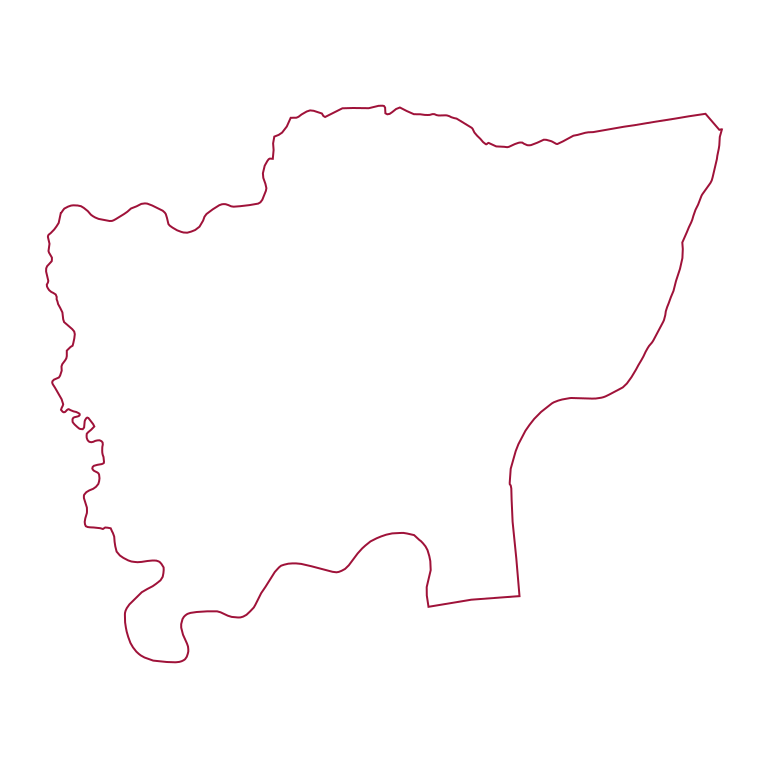 the district of Nga Son, Thanh Hóa, Vietnam
{"feature_id": "81297802B47963627673209", "entity_name": "Nga Son", "entity_type": "district", "adm_level": 2, "iso_a3": "VNM", "parent_name": "Vietnam", "parent_adm1": "Thanh Hóa", "projection": "mercator", "projection_center": [105.976, 20.004], "detail": "fine", "context": "isolated", "style": "outline", "palette": "rose", "viewbox_px": 768, "rotation_deg": 0, "n_neighbors": 0, "source": "geoboundaries", "source_scale": "gbopen_adm2", "svg_char_len": 5977}
<svg xmlns="http://www.w3.org/2000/svg" viewBox="0 0 768 768"><path d="M102.9,529.0L105.2,527.5L107.6,527.7L110.7,528.3L112.0,531.3L112.9,533.0L114.2,536.6L114.6,541.8L115.3,546.4L116.6,551.6L119.9,555.5L123.4,557.9L128.2,560.4L131.4,561.5L134.3,561.9L137.5,562.2L141.6,561.9L147.4,561.0L152.6,560.5L156.2,560.6L158.6,561.4L159.8,562.1L161.5,564.0L163.6,567.4L163.7,570.0L163.4,573.2L162.7,576.8L160.5,580.3L156.1,583.8L152.7,586.2L147.3,589.0L141.8,592.2L129.4,604.4L126.8,608.1L125.6,610.6L125.0,612.9L124.9,614.6L125.1,622.4L125.9,627.7L126.7,631.7L128.2,636.9L130.4,642.9L133.0,647.4L136.3,651.6L138.8,653.9L140.9,655.5L144.5,657.5L153.2,660.6L166.8,662.0L175.6,662.3L179.3,661.9L181.7,661.2L183.7,660.2L185.1,659.2L186.8,656.7L187.8,653.7L188.3,651.5L188.3,649.3L188.0,646.5L187.0,643.6L183.0,634.7L181.2,627.6L181.2,624.1L182.5,619.1L183.9,616.8L185.2,615.5L186.8,614.3L188.0,613.7L190.5,612.9L196.7,612.0L207.7,611.3L217.0,611.3L220.6,612.3L227.8,615.7L231.7,616.9L238.2,617.5L240.5,617.4L243.2,616.6L246.5,614.8L250.1,611.4L253.8,607.5L255.4,604.7L261.2,593.1L265.5,586.8L274.8,572.0L277.5,569.0L279.2,567.2L281.1,565.7L284.1,564.7L288.3,563.7L292.4,563.4L296.0,563.4L301.2,563.9L311.6,566.3L332.5,571.8L336.5,572.3L338.8,571.9L341.6,570.8L345.1,568.9L348.8,565.3L357.6,553.5L362.2,548.4L365.4,545.5L370.5,541.4L376.6,538.3L381.2,536.4L386.2,534.7L392.2,533.4L399.6,533.0L403.3,532.9L407.0,533.5L414.1,535.1L419.4,540.0L420.9,541.1L423.0,543.3L425.5,546.4L427.5,550.1L429.3,556.1L430.3,561.1L430.7,570.1L426.7,587.1L426.8,595.5L428.5,606.8L471.3,599.7L519.5,596.1L516.3,558.4L512.6,521.8L511.6,499.3L511.3,488.4L510.7,485.4L509.8,484.3L509.7,482.9L510.7,468.8L515.7,451.1L518.4,444.2L525.4,430.8L529.5,424.9L534.2,418.9L541.1,411.9L551.9,403.4L553.8,402.3L558.2,400.6L562.1,399.5L569.9,398.1L571.5,398.0L592.2,398.6L595.9,398.5L601.3,397.7L603.3,397.2L605.5,396.4L609.0,394.7L622.8,387.4L626.9,383.5L631.5,377.1L636.0,369.6L638.3,365.3L641.5,359.9L643.4,356.5L645.6,351.8L647.5,348.4L649.0,346.0L652.0,342.5L653.3,340.5L663.2,321.8L664.0,320.0L665.3,315.0L665.8,311.3L667.1,307.2L668.7,303.2L670.9,297.1L673.5,290.9L676.0,281.0L680.0,268.8L682.4,258.1L682.8,249.0L682.3,242.5L686.8,232.3L688.9,227.2L691.2,222.4L692.3,219.6L693.4,215.8L695.5,209.8L698.1,204.6L701.4,196.0L702.1,194.6L710.4,183.0L711.7,180.5L712.6,177.4L716.9,159.0L717.3,155.9L718.8,148.6L719.3,145.3L719.8,136.9L721.9,129.4L721.4,129.3L719.3,129.8L705.5,113.8L688.8,116.3L675.2,118.6L653.5,122.0L634.5,125.2L624.1,126.7L593.2,132.1L588.3,132.3L585.2,132.8L577.6,134.9L573.4,135.7L562.9,141.4L557.4,144.0L556.3,143.9L552.2,141.6L551.0,141.1L546.2,139.8L543.8,139.7L537.3,142.7L531.0,145.1L529.4,145.3L527.3,145.2L523.9,143.7L522.3,142.6L520.1,142.5L518.5,142.8L514.8,144.1L509.0,146.8L507.2,147.2L504.2,146.8L496.2,146.4L488.6,142.9L487.6,143.3L486.9,144.0L486.3,144.3L485.8,144.2L483.1,142.1L480.4,138.9L477.1,135.7L474.4,132.5L472.6,128.8L471.7,127.8L456.6,118.6L454.2,118.1L451.3,117.2L449.4,116.2L447.2,115.5L445.9,115.3L438.8,115.5L436.6,115.1L434.5,114.2L433.5,114.1L432.5,114.1L429.7,114.9L427.7,115.0L424.7,114.9L420.4,114.3L413.9,114.2L406.7,111.0L399.9,107.5L396.1,109.0L392.1,112.2L389.6,113.9L387.3,114.3L385.4,113.3L385.1,107.6L384.0,106.0L382.6,105.7L378.7,105.8L368.8,108.2L353.0,108.0L342.4,108.3L325.1,117.0L323.4,116.0L321.9,113.5L313.7,110.8L310.1,110.4L306.7,111.5L301.5,114.5L298.5,116.8L296.4,117.7L290.7,117.8L286.8,126.5L282.1,132.6L278.7,134.9L274.3,136.6L273.1,143.4L273.6,150.0L272.8,158.8L269.8,158.6L268.7,159.2L267.4,160.9L264.7,165.7L262.9,173.3L263.3,177.9L265.4,183.8L266.4,188.2L265.9,190.8L262.3,199.8L260.4,202.3L258.2,203.6L249.5,205.1L240.1,206.2L233.6,206.7L231.1,206.3L228.4,205.1L225.6,204.2L223.5,204.1L221.8,204.3L219.3,205.2L212.8,209.3L206.5,214.0L204.5,216.7L203.1,220.6L199.5,226.7L195.2,230.0L191.2,231.6L187.3,232.7L183.6,232.5L181.3,231.9L177.1,230.3L172.5,227.6L169.7,225.6L168.4,224.0L167.0,218.0L165.8,214.1L164.8,212.6L162.7,210.7L152.2,205.5L147.2,203.6L144.9,203.4L141.3,203.9L136.6,206.3L131.0,208.5L127.4,211.7L124.1,214.0L115.8,219.1L113.6,220.3L112.0,220.9L109.6,221.0L98.6,218.9L95.2,217.5L92.8,216.1L90.9,214.7L87.8,211.1L83.8,207.9L81.0,206.2L77.6,205.5L73.3,205.3L71.0,205.6L68.1,206.6L64.3,208.6L63.1,210.1L61.1,213.0L60.8,213.0L58.7,222.9L56.5,226.4L54.2,229.5L50.7,233.1L48.8,234.6L48.2,235.4L47.9,236.9L49.5,243.8L48.5,251.0L49.0,252.6L51.9,257.6L51.9,259.7L51.7,261.2L47.1,266.2L46.2,268.4L46.1,271.5L48.3,280.9L47.9,282.6L46.8,284.6L47.0,286.5L47.9,288.3L49.2,290.2L51.2,291.9L53.4,293.0L55.7,294.5L56.7,296.9L56.6,299.2L57.5,301.6L58.1,304.1L60.2,307.9L62.4,312.4L63.2,319.3L64.1,322.1L72.2,329.1L74.2,331.5L74.8,334.2L74.3,338.4L73.3,343.1L72.6,345.7L70.6,346.9L66.8,350.6L66.8,356.1L66.3,358.4L65.1,360.4L62.3,364.1L61.5,366.4L61.7,370.7L60.1,375.6L58.9,377.5L53.9,379.7L52.4,381.3L52.2,382.7L52.8,384.3L55.0,387.7L61.6,399.2L63.2,404.3L62.6,406.1L61.7,407.8L61.0,409.8L62.7,411.8L63.9,412.3L65.2,411.9L67.1,409.9L68.3,409.2L69.0,409.3L70.4,410.1L73.6,411.4L76.3,412.0L78.9,413.3L79.7,414.1L79.7,415.0L79.1,415.8L77.9,416.4L74.6,417.2L73.4,417.7L72.5,419.2L72.6,421.9L73.4,423.1L74.7,424.6L77.4,427.1L79.4,428.7L80.5,429.0L82.7,429.2L83.4,428.4L84.1,427.5L84.7,421.2L85.2,419.9L86.3,418.2L87.2,417.6L88.4,418.0L93.2,424.2L94.3,426.5L91.2,429.7L88.2,432.2L86.8,433.7L86.6,435.6L86.7,437.8L87.4,439.7L88.0,440.6L89.0,441.6L90.0,442.0L91.4,442.2L93.3,441.8L95.2,440.9L97.4,440.4L99.6,440.3L101.5,441.2L102.6,442.5L102.8,444.6L102.3,447.0L102.2,450.6L102.3,452.8L102.7,454.8L103.5,457.0L104.0,461.9L103.8,463.0L102.9,463.6L101.7,464.1L97.5,464.8L93.9,465.8L92.7,466.9L92.3,468.5L92.8,469.6L94.0,470.8L97.4,472.5L98.5,473.4L99.1,474.7L99.5,478.3L99.1,481.3L98.3,484.0L96.0,486.8L93.2,488.8L89.3,490.4L86.3,492.2L84.2,494.7L83.9,495.7L83.9,498.0L86.9,507.6L87.0,511.1L86.9,513.0L85.3,518.3L84.7,521.9L85.0,524.3L85.8,526.2L87.6,527.0L89.8,527.3L93.8,527.5L100.3,528.2L102.9,529.0Z" fill="none" stroke="#9f1239" stroke-width="2"/></svg>